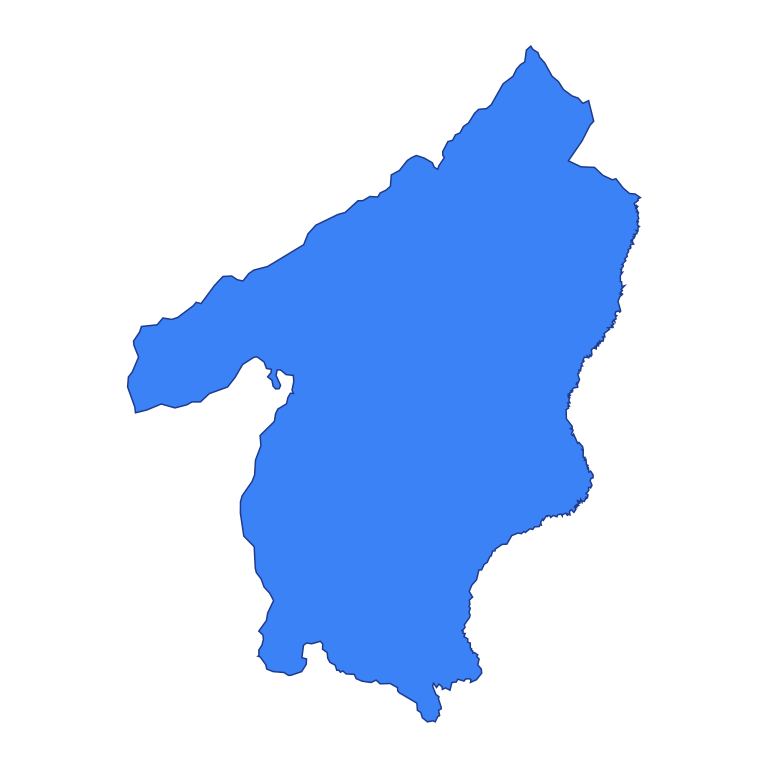 the district of Requena, Loreto, Peru
{"feature_id": "86281439B4409689759703", "entity_name": "Requena", "entity_type": "district", "adm_level": 2, "iso_a3": "PER", "parent_name": "Peru", "parent_adm1": "Loreto", "projection": "natural_earth1", "projection_center": [-73.578, -5.99], "detail": "fine", "context": "isolated", "style": "filled", "palette": "blue", "viewbox_px": 768, "rotation_deg": 0, "n_neighbors": 0, "source": "geoboundaries", "source_scale": "gbopen_adm2", "svg_char_len": 6116}
<svg xmlns="http://www.w3.org/2000/svg" viewBox="0 0 768 768"><path d="M127.6,386.9L134.8,407.0L135.5,412.8L146.8,410.0L161.2,404.0L175.0,407.9L186.9,404.8L192.0,401.9L200.5,401.9L209.3,393.6L227.6,387.0L235.3,377.1L242.6,364.5L254.0,357.2L257.2,356.9L264.1,362.0L266.5,368.5L271.3,369.3L271.1,372.5L267.6,376.9L271.9,380.2L273.1,386.1L275.6,388.9L279.1,388.7L280.6,385.4L276.1,375.5L277.1,370.0L280.5,369.9L286.1,374.6L293.3,375.4L293.8,381.6L292.0,390.1L293.5,393.5L290.5,393.2L288.0,397.3L286.5,403.8L277.8,409.1L275.6,413.7L274.4,421.4L260.1,435.5L260.9,445.8L255.5,460.1L254.6,475.0L252.1,481.5L242.2,495.7L240.5,501.6L240.4,513.2L243.8,536.1L254.2,546.7L255.3,568.4L256.4,572.7L261.1,578.8L264.1,587.1L269.8,593.3L273.6,600.6L267.7,612.9L266.4,620.6L258.8,631.1L263.0,635.1L263.4,639.6L261.9,645.3L258.9,649.9L258.9,655.7L258.0,656.2L260.1,656.9L265.6,664.4L266.8,669.1L273.2,671.6L284.0,672.5L288.5,675.4L290.8,675.3L301.7,671.6L306.3,664.2L306.5,658.9L301.9,657.7L303.5,645.3L306.7,642.9L311.6,643.8L320.4,641.3L322.8,644.1L322.5,649.2L327.2,652.6L327.7,658.1L329.9,662.3L335.2,665.2L336.8,670.3L338.7,670.2L340.4,672.2L342.9,671.0L346.2,673.9L354.4,674.4L356.1,678.6L362.1,681.2L371.1,682.5L376.1,680.1L380.2,683.8L390.1,683.5L397.5,687.6L397.7,690.9L399.2,692.7L416.9,703.2L417.4,710.3L420.8,712.5L422.3,717.7L427.5,721.9L432.9,720.8L435.2,721.8L437.6,716.8L439.6,715.5L438.6,710.2L441.1,709.0L441.3,707.6L438.4,698.7L439.0,696.9L435.8,694.3L432.6,686.1L433.5,683.2L436.5,687.5L439.0,684.1L441.9,686.7L442.4,689.4L445.5,687.9L450.0,690.2L451.9,682.5L456.3,682.0L457.7,679.2L464.0,681.1L465.5,679.1L469.2,678.7L470.9,679.5L470.5,682.4L476.5,679.7L481.7,673.1L481.3,669.1L477.8,664.9L479.1,658.9L476.9,656.8L477.7,654.8L474.4,652.6L472.8,653.0L472.8,651.1L471.0,650.1L471.7,649.0L470.3,647.8L470.3,643.1L467.7,642.0L467.8,638.9L464.0,636.6L465.2,633.5L463.0,633.4L463.1,631.0L462.0,630.6L465.0,627.6L464.4,624.7L469.5,617.5L470.1,614.9L469.0,612.3L470.3,608.2L468.9,606.6L469.9,604.3L469.3,600.1L472.6,597.1L469.2,591.5L471.9,585.0L476.6,579.7L478.9,570.0L481.6,569.9L484.2,564.3L487.2,562.4L489.8,556.7L491.3,555.8L492.5,551.1L495.1,550.8L495.1,549.2L502.1,544.4L506.9,544.1L511.7,535.6L518.2,533.0L521.3,533.7L523.8,531.5L525.4,532.5L529.8,528.8L532.8,529.4L534.6,526.8L539.1,526.6L540.0,524.9L541.3,525.1L540.7,522.2L542.6,519.2L543.4,520.3L546.4,515.9L547.7,516.9L547.2,516.0L548.1,515.5L550.0,516.0L550.7,517.5L553.3,515.4L556.9,516.8L557.8,514.7L561.0,514.1L562.3,516.0L562.4,514.7L565.6,513.2L567.8,515.8L567.3,513.8L570.0,514.9L569.5,511.6L571.1,509.6L573.9,512.4L575.9,509.3L574.6,507.1L576.4,507.4L575.3,505.7L576.4,504.8L576.8,506.3L578.7,505.5L577.6,504.4L579.8,503.1L577.6,501.9L577.5,500.5L580.3,501.6L580.8,499.4L582.1,502.4L582.6,501.1L584.4,501.3L586.2,496.7L586.2,498.7L587.4,497.8L588.0,494.8L586.0,493.5L588.8,490.5L588.5,487.5L590.6,487.2L590.3,488.5L592.0,485.3L590.1,480.6L591.1,478.4L593.0,477.9L593.2,475.1L590.6,471.1L588.8,472.1L588.4,468.2L587.4,469.3L587.9,467.6L587.0,466.8L588.0,465.4L586.4,464.6L586.0,459.4L584.5,460.1L585.2,456.8L584.2,458.1L583.1,456.7L583.3,451.3L582.0,449.6L583.2,449.7L582.6,446.6L578.9,442.4L577.7,443.4L573.6,434.1L572.8,435.6L571.4,434.1L573.1,430.2L570.6,428.6L572.3,428.2L572.1,426.2L566.4,418.8L566.1,409.7L568.5,408.1L568.1,405.9L569.3,406.1L567.7,403.0L570.0,402.9L568.7,400.0L569.8,397.8L568.5,397.3L570.0,395.6L568.0,395.7L568.4,393.9L569.8,394.3L569.9,392.7L571.8,392.1L571.0,390.9L573.4,390.9L571.7,390.4L573.5,388.0L577.7,387.2L577.4,384.3L576.3,384.0L577.1,382.7L577.7,383.6L579.5,379.7L577.7,374.0L579.0,373.1L579.1,370.0L580.5,370.8L581.3,365.9L582.5,365.9L581.4,363.6L584.0,361.3L583.5,360.0L582.6,361.0L584.3,357.2L587.5,357.5L587.3,356.2L588.8,357.7L589.9,355.0L590.9,356.4L591.9,354.9L591.4,349.6L593.9,347.9L596.2,348.9L596.4,346.7L595.0,346.9L596.5,345.5L598.5,345.9L598.7,344.4L597.0,344.8L597.9,342.6L599.2,343.4L599.6,341.5L600.3,342.8L601.2,340.9L603.0,341.2L603.7,338.5L602.7,337.0L604.9,336.9L604.2,333.4L609.4,329.3L607.8,327.7L612.0,327.5L611.5,325.7L612.9,326.7L612.4,324.8L613.9,323.9L612.2,322.3L613.3,320.5L614.8,321.8L614.3,319.6L616.0,319.0L615.7,316.7L616.8,315.7L615.0,314.8L615.7,311.9L618.6,310.9L619.8,312.1L620.7,311.0L618.0,301.4L619.8,296.6L622.1,294.7L620.4,294.1L621.9,293.6L620.3,292.6L622.4,290.6L621.1,289.4L624.6,285.7L621.9,286.5L621.6,281.8L620.4,281.5L620.3,275.6L622.6,272.2L620.9,272.5L621.6,269.4L620.8,269.2L623.2,266.5L623.3,265.1L621.9,264.5L625.8,260.6L624.6,258.8L627.3,256.4L626.8,254.3L628.7,251.3L628.1,249.5L630.5,248.4L630.9,247.0L629.9,246.4L631.1,244.5L633.7,244.0L632.4,242.1L632.6,240.0L631.2,241.6L631.1,240.3L634.1,238.0L633.4,236.8L634.6,237.0L635.2,235.2L634.0,234.4L636.7,233.7L637.5,231.5L636.3,230.5L638.0,230.8L638.0,227.3L639.4,226.6L637.4,224.9L637.9,221.9L639.0,221.4L636.9,221.7L638.7,218.4L637.7,215.1L638.5,212.7L636.5,211.8L637.7,211.2L636.3,208.5L637.8,206.4L636.5,205.9L636.9,207.3L635.7,208.1L636.2,205.3L634.9,205.6L634.2,203.5L638.2,200.4L637.9,198.8L640.4,197.6L635.1,194.0L629.5,193.5L623.2,188.1L615.9,178.7L612.4,179.8L602.9,175.4L594.5,167.4L580.9,166.8L568.4,160.8L582.0,141.0L590.0,125.3L593.7,121.2L588.6,100.6L582.8,103.4L578.3,98.2L572.0,95.9L563.5,89.6L558.4,81.6L552.1,76.3L544.6,62.8L539.6,57.2L538.0,52.6L533.0,49.5L530.8,46.1L526.4,50.1L524.8,61.9L520.5,64.6L516.5,69.2L513.0,76.3L503.1,83.8L491.3,104.7L486.5,108.6L478.6,109.4L474.5,113.4L468.6,122.9L463.4,126.5L460.0,132.9L455.4,134.9L452.6,140.3L447.9,141.6L442.7,151.6L442.9,155.5L444.4,157.5L438.9,165.7L437.8,169.3L434.3,167.3L432.3,162.7L424.1,158.0L416.3,155.5L411.5,157.7L407.3,160.5L399.4,170.5L391.3,174.9L390.4,186.3L386.0,190.2L380.2,192.9L377.8,197.0L369.9,196.5L363.0,200.6L357.9,200.8L345.1,212.5L337.8,214.5L316.0,225.1L308.0,233.8L303.7,244.7L267.6,266.5L253.8,270.1L248.8,273.6L242.9,281.0L237.2,279.7L231.7,276.0L222.9,276.5L214.4,285.6L201.1,303.6L196.1,302.3L193.6,305.5L177.8,317.4L172.0,319.4L162.9,318.0L157.2,324.8L141.4,326.5L139.6,332.1L133.5,341.1L134.0,345.5L138.6,357.0L132.2,372.1L128.4,377.0L127.6,386.9Z" fill="#3b82f6" stroke="#1e3a8a" stroke-width="1.5"/></svg>